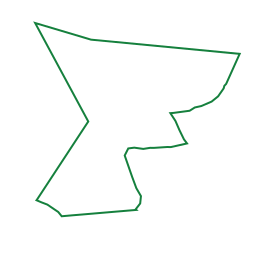 Dubrassay, Castries, Saint Lucia (Equal Earth projection), rotated 276°
{"feature_id": "8701671B353408445184", "entity_name": "Dubrassay", "entity_type": "district", "adm_level": 2, "iso_a3": "LCA", "parent_name": "Saint Lucia", "parent_adm1": "Castries", "projection": "equal_earth", "projection_center": [-60.973, 13.984], "detail": "fine", "context": "isolated", "style": "outline", "palette": "green", "viewbox_px": 256, "rotation_deg": 276, "n_neighbors": 0, "source": "geoboundaries", "source_scale": "gbopen_adm2", "svg_char_len": 664}
<svg xmlns="http://www.w3.org/2000/svg" viewBox="0 0 256 256"><g transform="rotate(276 128 128)"><path d="M222.7,24.7L176.7,56.1L130.3,87.8L46.9,44.8L46.6,44.6L45.0,49.8L43.4,55.8L39.8,62.5L37.2,67.4L33.3,71.3L35.5,82.6L36.9,90.0L43.1,122.3L47.4,144.8L47.9,144.1L54.2,148.0L61.6,148.0L69.0,142.6L80.1,137.1L100.3,127.6L107.7,130.4L109.1,136.3L108.8,145.4L110.6,152.1L110.9,155.6L113.2,169.0L113.5,172.6L118.8,188.3L122.6,184.8L131.4,179.3L139.9,174.5L147.2,168.6L147.8,171.8L151.6,187.5L155.4,192.3L157.5,198.6L163.0,208.4L168.9,214.3L177.4,219.0L180.0,219.4L182.1,221.0L213.4,231.3L212.0,82.0L222.7,24.7Z" fill="none" stroke="#15803d" stroke-width="2"/></g></svg>